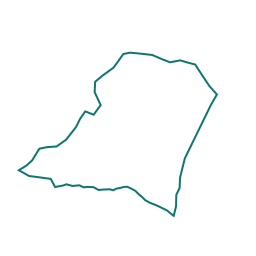 outline of Platani, Cyprus, rotated 116°
{"feature_id": "46923920B1049795521369", "entity_name": "Platani", "entity_type": "district", "adm_level": 2, "iso_a3": "CYP", "parent_name": "Cyprus", "parent_adm1": "", "projection": "mercator", "projection_center": [33.769, 35.33], "detail": "fine", "context": "isolated", "style": "outline", "palette": "teal", "viewbox_px": 256, "rotation_deg": 116, "n_neighbors": 0, "source": "geoboundaries", "source_scale": "gbopen_adm2", "svg_char_len": 952}
<svg xmlns="http://www.w3.org/2000/svg" viewBox="0 0 256 256"><g transform="rotate(116 128 128)"><path d="M58.9,62.8L54.6,73.3L47.7,85.1L41.5,95.5L42.9,102.4L44.3,110.7L50.5,119.0L51.2,127.3L51.8,138.4L56.0,150.2L59.4,159.2L63.6,164.7L72.5,166.1L80.1,167.5L91.8,173.7L100.8,177.8L110.4,173.7L119.4,162.6L131.1,164.7L131.8,173.7L140.8,175.1L149.7,175.1L165.6,178.5L175.9,184.1L180.7,192.4L185.5,198.6L199.3,200.0L206.2,202.8L213.8,207.6L214.5,195.8L211.0,185.5L207.6,175.1L213.0,167.7L208.2,161.2L205.6,158.7L204.5,152.7L200.8,146.5L200.8,141.9L198.8,138.8L196.3,133.1L196.6,127.2L194.3,123.5L191.2,117.8L190.4,113.9L187.6,111.9L185.3,108.7L182.8,105.9L181.1,102.8L181.1,98.3L181.3,93.7L182.8,89.5L183.9,84.9L185.3,81.0L185.6,75.9L185.3,71.6L185.0,67.6L185.0,64.2L185.0,60.5L185.0,56.6L186.1,52.3L186.9,48.4L177.3,50.5L166.9,55.3L159.4,55.3L149.7,59.5L130.4,63.6L109.7,63.6L71.1,63.6L58.9,62.8Z" fill="none" stroke="#0f766e" stroke-width="2"/></g></svg>